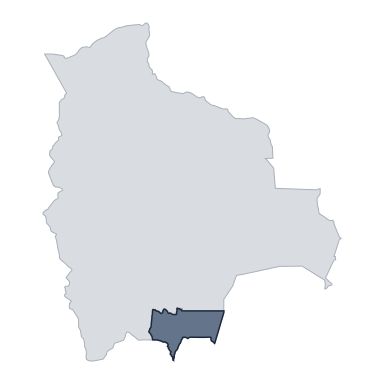 Tarija on a map of Bolivia (Mercator projection)
{"feature_id": "BOL-1941", "entity_name": "Tarija", "entity_type": "Department", "adm_level": 1, "iso_a3": "BOL", "parent_name": "Bolivia", "parent_adm1": "", "projection": "mercator", "projection_center": [-64.397, -21.882], "detail": "fine", "context": "in_parent", "style": "filled", "palette": "slate", "viewbox_px": 384, "rotation_deg": 0, "n_neighbors": 0, "source": "natural_earth", "source_scale": "10m", "svg_char_len": 6873}
<svg xmlns="http://www.w3.org/2000/svg" viewBox="0 0 384 384"><path d="M46.6,223.0L45.9,217.0L44.9,215.6L43.4,214.6L42.9,213.4L43.4,212.2L46.4,209.7L48.0,209.3L48.4,208.1L53.8,201.1L55.5,199.7L57.4,198.7L58.2,197.9L57.8,195.3L57.9,193.6L58.6,192.5L62.2,190.5L62.6,190.1L62.5,189.4L60.9,188.1L57.6,187.0L55.5,187.1L53.4,185.3L49.1,174.7L48.4,172.3L48.5,171.3L51.3,166.1L54.5,162.0L54.2,161.0L50.6,157.0L49.6,155.0L49.9,150.8L52.0,149.5L53.0,145.8L53.9,145.1L55.8,142.5L58.4,140.2L58.6,137.3L59.4,136.6L61.7,135.7L61.9,134.9L61.4,133.0L60.3,131.0L59.4,130.0L58.2,125.1L56.9,122.6L58.3,120.4L59.2,117.9L59.4,115.0L59.3,102.4L62.0,99.2L63.4,98.6L64.7,97.5L64.6,95.5L66.5,92.9L44.6,54.0L53.1,54.1L62.5,55.5L64.1,56.3L64.4,57.7L65.4,58.3L68.0,57.9L75.7,54.6L76.8,53.5L79.4,49.8L81.5,47.8L83.5,47.1L87.3,46.8L88.6,47.4L90.1,47.3L91.5,45.2L93.5,42.9L97.6,40.0L99.7,39.2L101.0,38.2L103.2,38.0L105.1,37.0L114.5,29.6L118.3,27.8L122.6,27.0L125.9,25.9L134.2,24.9L139.6,24.5L141.3,25.5L143.2,25.2L144.8,23.6L146.2,23.0L147.2,23.1L148.6,25.0L149.3,27.1L148.9,28.6L149.0,30.9L149.6,33.9L149.2,36.6L146.2,41.5L145.9,42.9L146.1,44.9L147.0,48.1L148.7,52.5L149.0,55.8L147.8,58.0L147.3,59.8L147.4,61.4L147.8,62.5L148.5,63.1L148.9,64.3L149.0,66.2L150.0,68.0L151.9,69.7L152.6,71.4L152.3,73.0L152.4,74.0L152.9,74.4L154.1,73.6L154.7,73.8L156.0,76.0L156.9,78.3L157.1,79.6L161.1,81.0L166.5,85.4L168.9,86.6L171.1,91.3L175.2,92.4L183.0,93.6L186.7,92.0L189.1,92.3L191.6,93.3L197.5,97.3L199.9,98.0L201.6,97.0L203.1,96.6L204.3,97.1L205.6,100.5L210.1,104.2L211.8,105.3L213.7,105.3L221.9,108.7L224.1,109.0L226.2,108.8L227.7,109.4L228.2,111.5L231.9,115.6L233.6,117.3L235.7,118.6L241.0,118.6L242.5,119.0L253.2,117.7L257.2,119.6L267.2,125.3L269.3,129.1L269.7,131.1L269.1,133.2L268.3,134.0L268.0,135.3L268.3,137.3L269.9,139.1L271.3,145.1L272.3,146.3L272.9,158.2L265.3,158.5L266.6,159.6L273.7,168.2L275.3,188.3L315.5,189.8L316.5,189.8L319.5,188.7L320.2,188.7L320.1,194.0L317.2,198.1L317.0,199.4L317.4,204.8L318.5,209.1L319.0,213.1L320.2,214.3L323.7,216.4L328.9,220.2L331.0,220.7L332.8,220.2L333.9,221.8L334.1,224.3L338.9,235.9L339.7,237.5L341.1,238.3L340.8,238.9L339.7,239.2L339.2,240.0L334.0,256.4L335.3,256.5L335.7,259.8L334.1,260.1L333.6,260.8L325.5,278.0L332.1,284.2L331.5,285.2L328.2,286.1L326.4,288.6L324.8,289.0L325.3,284.7L324.8,280.9L324.3,279.9L302.0,266.1L279.5,266.4L242.5,274.4L236.5,275.4L232.6,286.1L223.8,299.4L223.8,312.6L214.6,343.5L212.3,341.5L210.5,338.6L210.1,337.3L209.9,337.2L189.4,337.4L188.4,338.0L187.0,338.0L185.9,337.4L184.9,337.5L183.4,338.0L182.0,339.2L174.9,353.3L173.9,358.4L173.5,359.3L172.3,357.5L168.6,347.1L166.6,343.3L164.3,342.2L157.1,340.2L144.2,339.8L140.1,340.2L138.0,339.9L135.8,337.8L130.9,334.1L130.0,332.9L128.1,332.1L127.0,332.1L126.3,332.8L124.5,338.7L123.4,340.3L116.7,342.7L114.9,343.0L114.0,344.4L113.5,346.4L112.7,348.1L108.1,350.8L107.0,351.9L106.5,354.6L103.1,359.1L93.6,361.0L90.5,360.9L88.3,360.6L86.3,359.1L86.0,356.6L86.4,354.0L86.2,350.4L84.5,346.1L84.6,344.8L84.4,342.7L83.6,338.8L81.4,336.8L80.5,330.7L78.7,327.2L78.5,318.8L72.6,309.5L70.2,308.9L69.6,308.3L69.3,307.0L69.5,303.6L71.4,301.1L65.0,296.7L64.6,295.6L64.7,294.6L66.4,292.8L65.3,290.6L65.4,288.6L64.7,287.7L64.7,287.1L65.4,286.5L68.6,285.9L69.5,283.8L69.6,282.2L69.1,281.0L66.2,277.9L66.2,277.4L71.9,269.9L71.8,269.3L71.2,268.6L68.1,266.4L64.7,262.9L62.2,261.1L60.4,259.3L59.5,257.8L59.3,253.8L58.1,249.8L56.5,240.1L55.2,236.5L56.5,234.6L56.4,234.1L51.1,231.3L50.0,226.9L46.6,223.0Z" fill="#d9dde1" stroke="#a8b0b8" stroke-width="1"/><path d="M214.6,343.5L214.4,343.4L214.3,343.2L214.2,342.8L213.9,342.4L212.8,341.7L211.7,341.1L211.3,340.7L211.1,340.3L211.1,339.4L211.0,339.1L211.0,338.9L211.0,338.6L210.9,337.6L210.8,337.4L210.5,337.3L209.4,337.1L205.8,337.3L205.7,337.3L198.0,337.3L190.3,337.2L189.4,337.4L189.0,337.6L187.8,338.6L187.6,338.5L186.5,337.6L186.0,337.4L183.8,337.2L183.1,337.3L182.7,337.5L182.4,338.3L182.3,338.8L182.2,339.0L181.9,339.3L181.7,339.4L181.6,339.5L181.4,339.9L181.0,341.4L180.2,343.4L180.0,343.6L179.5,343.9L179.3,344.1L177.5,348.9L176.9,349.8L175.7,351.0L175.3,351.6L174.2,355.6L174.2,357.5L174.0,358.0L173.4,360.1L173.5,360.4L173.0,360.2L172.9,359.0L172.6,358.6L172.8,358.0L172.7,357.2L172.4,356.6L171.9,356.4L171.6,356.2L171.0,354.8L170.7,354.6L170.3,354.3L170.3,353.9L170.3,353.6L170.4,353.1L170.4,352.9L170.5,352.6L170.7,352.3L170.9,352.1L171.0,351.7L169.6,350.3L169.2,349.8L169.1,349.2L168.6,348.8L168.4,348.6L168.4,348.3L168.6,347.8L168.6,347.5L168.3,347.2L167.7,346.8L167.4,346.4L167.7,345.8L168.0,345.4L168.2,345.0L168.1,344.6L167.9,344.0L167.7,343.7L167.1,342.9L166.8,342.8L166.3,342.6L165.8,342.4L165.3,342.0L164.8,341.9L164.6,341.9L164.4,341.9L163.9,342.1L163.7,342.1L162.8,341.9L161.0,340.9L156.4,339.8L152.2,339.9L152.7,339.9L152.0,336.7L151.7,335.9L151.4,335.6L151.2,335.2L150.5,333.9L150.1,333.3L150.0,333.1L149.7,332.9L149.6,332.7L149.4,332.5L149.3,332.4L149.2,332.3L149.1,332.2L148.9,332.1L149.1,330.9L149.2,330.4L149.5,330.2L149.7,329.8L149.8,329.0L149.8,328.8L149.9,328.6L150.0,328.5L150.3,328.1L150.7,327.6L151.1,326.4L151.1,326.1L151.2,325.9L151.2,325.0L151.3,323.5L151.9,318.2L151.9,317.7L151.9,316.6L151.9,316.3L152.3,314.9L152.6,310.1L152.7,309.9L152.8,309.7L153.1,309.5L153.3,309.5L153.5,309.7L153.7,309.8L154.1,309.9L154.4,309.9L154.7,309.8L154.9,309.7L155.0,309.7L155.1,309.8L155.3,309.9L156.1,310.9L156.3,310.9L156.6,310.9L156.8,311.1L157.1,311.2L157.3,311.1L157.6,311.1L157.9,311.3L158.0,311.4L158.3,311.4L158.6,311.4L158.8,311.5L159.0,311.7L159.1,311.8L159.1,312.1L159.5,312.2L159.6,312.3L159.8,312.5L160.0,312.7L160.0,312.8L160.6,313.1L160.8,313.3L161.0,313.4L161.1,313.5L161.4,313.3L161.9,313.2L162.3,313.0L162.4,312.8L162.5,312.7L162.6,312.4L162.6,312.2L162.8,311.8L162.9,311.7L162.9,311.2L162.9,310.9L163.1,310.5L163.4,310.0L163.6,309.6L163.9,309.2L164.0,309.1L164.4,309.1L164.5,309.1L164.8,309.3L165.1,309.4L165.4,309.4L165.5,309.4L165.7,309.5L165.8,309.6L165.9,310.0L166.0,310.1L166.6,310.5L166.8,310.8L167.4,311.4L167.5,311.6L168.1,312.9L168.1,313.0L168.3,313.2L168.4,313.3L168.6,313.3L168.8,313.3L169.6,313.1L170.0,313.0L170.5,313.1L170.9,313.3L171.7,314.0L172.7,314.4L173.1,314.5L174.6,314.4L174.9,314.4L175.6,314.6L175.8,314.6L176.0,314.5L176.2,314.4L176.3,314.3L176.4,314.2L176.5,314.1L176.5,313.9L176.6,313.6L176.6,313.1L176.5,312.6L176.6,312.2L176.7,311.8L176.9,311.6L177.0,311.4L177.0,311.1L176.9,309.5L176.9,308.9L176.9,308.6L177.0,308.5L177.2,308.1L177.3,308.1L177.6,308.5L178.0,308.7L178.3,308.7L178.6,308.5L179.2,308.5L179.6,308.7L179.8,308.8L179.9,309.3L180.1,309.5L180.9,309.5L181.0,309.4L181.3,309.4L181.5,309.4L181.3,309.7L181.2,310.0L181.4,310.3L181.9,310.7L181.9,310.8L182.4,310.8L184.7,310.9L223.9,310.9L223.8,312.7L223.0,315.4L222.2,318.1L221.3,321.0L220.4,324.1L219.6,326.9L218.5,330.7L217.6,333.7L216.5,337.3L215.8,339.7L215.1,342.2L214.6,343.5Z" fill="#64748b" stroke="#1e293b" stroke-width="1.5"/></svg>